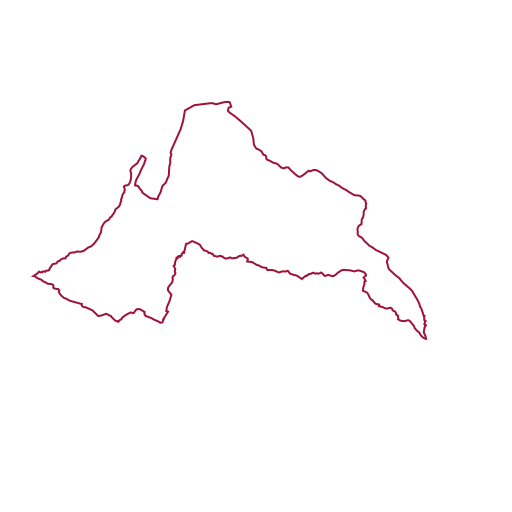 Capital, Salta, Argentina, rotated 297°
{"feature_id": "61730980B15488687390300", "entity_name": "Capital", "entity_type": "district", "adm_level": 2, "iso_a3": "ARG", "parent_name": "Argentina", "parent_adm1": "Salta", "projection": "equal_earth", "projection_center": [-65.343, -24.972], "detail": "fine", "context": "isolated", "style": "outline", "palette": "rose", "viewbox_px": 512, "rotation_deg": 297, "n_neighbors": 0, "source": "geoboundaries", "source_scale": "gbopen_adm2", "svg_char_len": 6115}
<svg xmlns="http://www.w3.org/2000/svg" viewBox="0 0 512 512"><g transform="rotate(297 256 256)"><path d="M279.2,433.3L279.1,432.3L284.3,427.1L285.4,425.1L287.8,423.0L290.5,419.3L295.8,410.8L296.7,408.4L298.7,400.1L300.5,395.4L301.3,394.0L301.7,391.3L302.5,387.8L304.5,380.9L305.2,379.7L310.0,375.4L311.0,374.9L313.5,375.0L314.6,374.8L315.1,373.9L316.0,371.5L315.9,362.1L315.7,360.4L316.5,356.0L316.6,352.3L317.8,348.8L318.3,346.5L320.4,342.0L320.4,338.9L320.9,337.4L322.1,336.3L323.5,335.9L325.6,334.4L326.9,334.0L328.1,333.8L329.8,334.0L332.2,335.5L336.5,333.7L337.8,333.5L338.7,333.9L341.6,333.2L344.5,331.8L347.0,331.8L348.5,332.4L350.2,331.1L352.9,330.4L353.7,329.1L354.7,328.7L355.3,327.6L355.6,325.7L356.6,322.9L356.8,321.2L356.0,318.8L355.0,316.6L354.9,315.0L355.3,308.9L355.8,306.2L355.6,303.5L356.0,299.9L356.4,298.5L356.3,294.5L356.7,292.0L356.7,289.3L356.4,288.2L357.3,282.6L359.2,278.1L359.7,276.0L360.0,272.0L359.7,270.1L358.7,268.2L355.9,265.6L355.9,264.2L349.1,261.1L346.4,259.2L346.0,257.2L347.0,252.5L348.4,247.6L349.6,244.5L348.4,242.2L347.3,241.7L346.5,240.0L346.2,238.3L347.2,235.1L347.7,232.8L346.9,228.7L347.2,224.8L346.8,223.0L347.2,221.2L349.6,219.5L349.9,218.2L349.6,216.6L351.3,214.1L351.9,212.6L352.1,209.1L351.8,207.7L353.3,205.0L354.1,203.9L355.0,203.1L359.7,200.1L365.4,194.8L369.4,180.2L370.9,173.8L371.8,167.3L372.6,165.0L375.7,164.3L377.8,166.2L381.1,162.7L380.2,160.1L378.6,157.8L373.3,151.8L372.7,150.2L372.6,148.3L370.9,145.2L362.4,132.6L353.4,126.6L343.1,129.8L334.5,131.3L311.4,132.5L308.9,133.2L308.4,134.3L307.2,134.8L304.9,135.0L302.4,135.9L300.8,137.1L295.9,138.3L288.6,141.6L287.1,141.9L284.1,141.9L281.6,142.3L279.9,142.2L276.5,141.0L274.6,141.0L269.9,142.0L264.8,141.9L261.9,142.5L259.5,135.7L260.8,126.1L261.8,125.3L263.4,121.5L264.7,119.5L264.7,117.9L264.1,117.1L264.0,116.2L267.0,115.1L270.1,114.7L276.3,114.9L279.6,114.5L287.4,114.5L290.3,113.9L291.2,114.0L292.7,113.5L293.2,112.6L293.6,110.5L293.6,108.9L293.3,108.3L292.1,108.6L290.4,108.3L289.2,108.6L287.9,108.1L285.0,108.2L279.0,105.4L276.7,105.1L275.7,105.1L274.6,105.6L273.1,107.1L270.1,108.7L266.7,109.9L263.2,110.3L261.8,110.0L260.9,109.5L259.1,107.3L257.8,106.8L256.4,108.3L255.1,109.2L254.1,109.1L253.1,109.8L251.7,109.4L249.7,109.3L246.6,110.1L245.5,110.0L243.5,111.0L241.9,111.0L240.4,111.5L237.6,111.4L233.8,109.6L230.6,110.0L225.3,109.3L223.8,108.3L222.3,108.6L221.3,108.2L218.4,106.3L216.1,105.6L211.5,105.4L206.9,107.1L202.5,107.1L201.4,107.5L193.8,106.2L189.5,104.6L187.5,102.7L182.0,100.0L181.3,98.8L180.8,98.6L180.0,97.5L178.7,94.4L176.7,92.6L175.6,90.5L174.3,89.0L173.2,88.5L171.0,88.3L169.3,87.2L168.4,87.1L167.5,87.4L166.1,85.0L163.9,83.5L162.5,83.3L161.4,81.9L158.8,81.5L156.5,78.6L154.2,78.1L153.5,78.4L152.0,77.7L150.2,78.2L149.4,77.6L148.9,77.7L147.4,75.5L146.4,75.5L145.7,73.3L144.5,73.0L144.3,72.2L143.6,71.6L143.5,69.7L141.8,69.4L137.2,66.9L137.5,67.7L137.1,70.4L137.1,73.7L137.4,74.6L137.2,76.5L136.7,77.3L137.0,79.5L136.7,83.0L138.1,86.3L138.1,88.5L137.4,89.1L135.9,89.6L135.5,90.3L135.9,92.8L136.7,94.6L136.0,96.4L134.5,96.6L133.6,97.9L132.3,100.4L131.5,103.8L131.8,106.9L131.6,110.4L134.1,122.7L133.3,122.9L132.6,123.4L132.3,124.8L132.3,126.2L133.0,127.4L133.3,135.0L130.9,142.7L132.8,145.3L136.4,148.6L136.7,151.0L136.4,152.0L136.7,153.9L135.8,155.7L134.6,159.7L134.6,161.6L135.2,162.3L134.9,163.2L137.4,163.8L138.3,164.7L140.8,164.9L141.1,165.3L143.9,166.4L144.9,167.3L146.2,167.9L147.1,168.8L148.3,169.4L149.1,170.8L149.2,172.4L149.8,172.9L153.7,173.6L154.7,174.2L155.8,176.3L155.9,177.3L155.5,182.3L153.9,182.7L152.5,184.7L153.2,191.1L153.0,193.5L153.2,197.1L153.4,197.3L153.1,201.1L154.4,202.7L157.5,202.5L157.5,202.1L166.5,202.9L166.2,201.1L170.1,199.8L176.6,199.4L183.1,198.2L185.4,193.2L187.5,192.1L189.1,192.1L193.7,193.1L195.2,193.2L198.0,192.2L198.8,191.4L199.9,191.1L201.3,191.9L203.4,192.2L204.3,191.8L205.6,190.5L207.7,190.0L209.9,187.1L211.2,187.7L213.8,186.7L216.7,186.3L218.4,187.0L218.3,186.3L218.5,186.0L219.2,186.5L220.4,186.8L220.9,187.7L220.8,188.8L221.2,188.8L221.6,188.2L222.6,189.5L224.1,188.9L225.4,189.2L226.2,190.6L226.5,190.5L226.5,189.7L226.8,189.5L227.8,190.0L235.1,188.2L236.2,189.7L240.0,192.1L240.4,192.9L240.6,196.7L240.6,200.7L238.6,204.0L237.9,206.1L237.3,207.2L237.9,208.8L237.9,211.2L237.2,212.3L238.1,213.9L237.7,215.5L238.2,216.2L237.0,218.8L237.5,220.1L237.8,221.8L239.5,223.4L240.0,224.3L239.9,225.8L240.4,226.5L239.8,228.3L239.9,230.1L241.6,232.4L242.5,232.9L243.1,233.9L242.9,235.0L243.4,236.3L245.7,239.6L248.0,240.8L249.3,242.1L249.4,243.0L251.5,244.3L250.7,245.3L250.1,246.9L250.0,249.7L249.5,250.2L247.1,250.6L248.8,255.3L248.4,260.7L248.8,262.5L248.7,266.6L250.1,270.7L248.9,271.8L248.6,272.7L250.2,275.3L251.1,277.6L251.4,279.0L251.7,283.9L254.0,286.2L254.7,287.2L255.8,289.8L256.8,290.2L257.2,291.3L255.7,294.4L256.3,298.2L257.1,301.5L256.3,307.3L260.6,309.1L261.0,310.1L262.2,310.2L263.0,311.2L264.0,311.3L264.8,312.8L265.9,313.4L267.3,314.9L267.1,316.5L267.6,317.5L268.3,318.1L268.6,319.6L269.5,320.7L270.8,321.4L270.6,323.2L269.6,325.4L269.5,326.5L272.1,329.0L272.4,332.0L273.3,334.2L276.1,335.8L278.5,336.6L282.7,339.2L284.0,341.6L286.0,346.6L286.9,350.6L289.4,353.3L290.0,355.0L290.6,359.4L289.5,362.3L288.5,362.9L286.8,362.0L285.6,361.7L284.7,363.4L283.5,365.0L282.8,364.2L281.5,364.5L280.8,365.3L276.9,365.8L273.6,367.0L273.8,371.4L273.0,373.1L270.4,376.4L269.4,378.6L269.6,379.7L268.9,380.6L268.7,382.0L267.9,383.2L267.8,384.3L267.9,385.5L268.7,387.4L268.5,388.0L267.1,388.4L268.0,391.9L268.0,394.7L268.5,396.4L270.8,399.0L271.0,400.1L270.7,401.3L269.9,402.0L269.5,403.4L269.7,404.8L269.3,405.9L268.6,406.8L267.5,407.4L267.5,408.6L267.2,409.8L266.5,409.9L265.1,411.2L264.1,411.3L264.0,414.0L264.3,415.4L265.6,418.2L267.5,420.2L268.1,421.5L267.7,423.1L265.6,427.9L265.2,428.7L263.8,430.1L262.4,433.7L262.1,435.5L261.8,436.3L260.1,439.0L259.2,441.8L259.1,444.0L259.4,445.1L262.0,443.0L263.2,441.2L264.4,440.0L269.0,438.6L271.5,438.8L271.7,437.9L271.3,437.5L271.6,437.0L273.9,436.5L275.0,436.7L275.1,436.2L274.9,435.9L275.5,434.8L276.8,434.4L277.6,433.5L279.2,433.3Z" fill="none" stroke="#9f1239" stroke-width="2"/></g></svg>